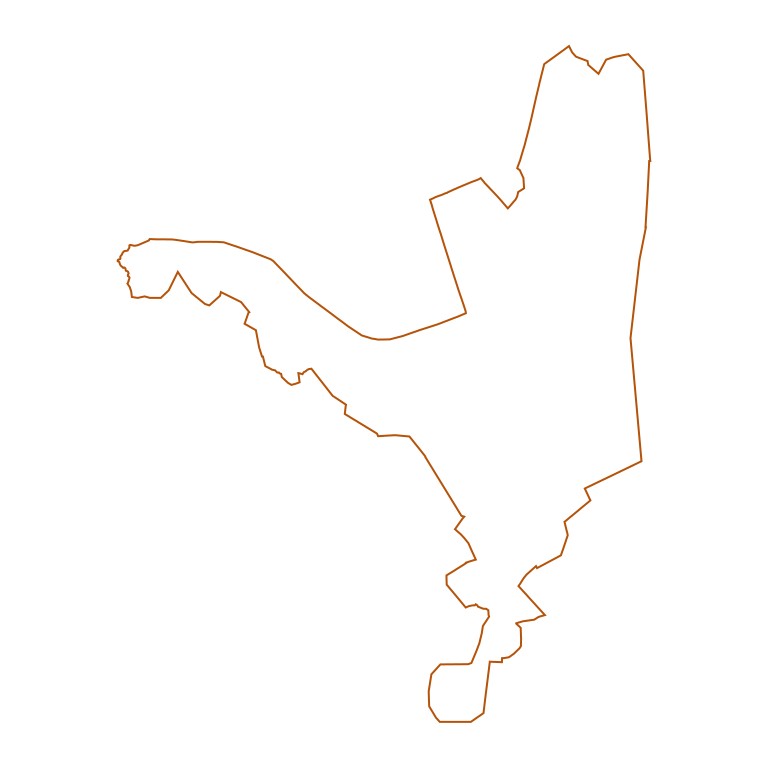 the district of Sana'a City Outskirts -Sanhan wa Bani Bahlul, Sana'a, Yemen
{"feature_id": "15242507B78273733164190", "entity_name": "Sana'a City Outskirts -Sanhan wa Bani Bahlul", "entity_type": "district", "adm_level": 2, "iso_a3": "YEM", "parent_name": "Yemen", "parent_adm1": "Sana'a", "projection": "natural_earth1", "projection_center": [44.226, 15.268], "detail": "fine", "context": "isolated", "style": "outline", "palette": "amber", "viewbox_px": 768, "rotation_deg": 0, "n_neighbors": 0, "source": "geoboundaries", "source_scale": "gbopen_adm2", "svg_char_len": 5601}
<svg xmlns="http://www.w3.org/2000/svg" viewBox="0 0 768 768"><path d="M127.0,282.9L129.8,287.2L131.2,291.5L131.9,297.0L137.7,297.9L140.5,297.3L144.7,296.4L149.9,297.9L160.8,297.9L168.7,290.4L177.8,271.9L191.6,293.1L199.1,299.2L205.0,304.0L209.3,305.4L214.1,301.1L220.0,295.8L220.9,292.1L237.9,300.5L241.1,302.1L249.3,312.2L248.5,312.7L244.6,323.8L255.9,330.2L259.1,347.3L262.0,356.5L262.9,356.5L265.3,366.1L270.3,368.7L272.1,369.7L275.0,370.3L277.2,372.5L278.9,372.5L279.4,373.3L281.1,373.8L281.8,377.0L284.2,379.3L287.9,382.8L291.4,384.9L293.2,384.4L295.5,383.8L299.6,382.3L298.4,373.1L299.0,373.2L302.5,374.2L303.4,372.7L304.2,371.9L305.0,371.7L306.9,370.3L307.5,369.7L309.1,369.0L309.6,369.0L310.3,368.9L311.4,368.7L323.4,384.0L332.6,395.8L346.0,404.7L345.6,406.9L344.8,414.0L377.0,433.6L378.1,436.2L387.4,435.6L395.4,435.2L409.4,436.5L418.9,448.3L425.3,456.4L425.3,457.0L455.6,506.3L461.4,515.8L464.2,516.7L462.6,518.5L455.0,529.2L457.9,531.8L460.7,534.2L460.9,534.4L464.2,538.0L466.4,540.7L468.2,542.9L468.5,543.4L472.0,551.3L475.8,559.6L470.4,561.2L466.2,562.6L466.4,562.9L463.5,564.8L456.3,569.3L455.1,570.1L446.5,575.4L446.5,578.3L446.7,584.7L455.2,594.8L465.7,607.5L468.5,606.3L469.0,606.1L472.4,605.4L474.9,605.3L475.7,604.3L477.4,605.4L477.9,606.6L483.1,608.7L486.1,608.8L488.3,610.2L488.6,615.1L489.1,616.6L482.9,626.0L481.8,633.1L481.6,633.9L479.4,643.1L476.3,651.3L471.4,663.0L468.1,664.2L467.2,664.2L440.4,664.4L438.3,666.7L431.4,674.3L428.7,691.3L428.9,698.6L429.2,706.4L436.0,717.7L439.8,721.9L455.1,721.9L470.8,721.9L483.5,713.1L485.8,693.9L488.8,670.0L489.7,662.6L489.8,661.7L501.9,662.2L502.1,658.1L504.1,658.1L509.0,657.2L513.9,653.7L519.5,648.3L520.9,646.2L521.0,643.0L521.1,639.4L520.7,627.8L516.2,623.6L516.3,623.2L522.9,621.3L534.2,619.7L538.6,616.9L544.9,615.1L531.6,600.5L529.5,598.2L527.1,595.5L518.5,586.1L520.6,583.1L520.9,582.5L522.8,579.5L523.7,578.1L526.4,574.8L527.1,574.1L528.9,572.5L536.0,566.1L537.0,568.1L549.2,561.6L558.4,556.7L560.9,555.3L563.0,549.3L563.4,548.3L563.8,546.9L565.5,542.0L565.8,541.1L566.5,538.9L567.6,535.7L567.7,535.3L567.3,533.0L566.8,531.3L564.5,521.8L565.6,521.0L570.7,516.7L571.4,516.2L580.5,508.6L590.4,500.4L584.8,488.5L597.1,482.6L634.7,464.5L641.5,461.2L630.5,338.1L639.5,259.7L645.9,227.3L645.5,227.3L647.1,201.0L647.7,191.0L649.2,161.0L650.3,161.0L650.0,158.2L646.6,113.5L643.2,70.7L636.9,63.7L628.4,54.2L614.9,56.8L612.7,57.4L606.1,59.7L598.5,73.8L588.3,65.0L587.5,61.0L585.5,60.3L576.0,56.7L572.1,52.3L569.0,46.1L567.6,47.1L555.0,56.3L544.6,63.8L544.2,64.2L541.4,75.3L540.1,80.6L539.5,82.7L539.2,84.4L536.2,96.9L535.1,101.8L532.6,113.0L531.4,118.3L529.0,128.3L525.5,141.7L525.0,143.8L524.4,145.9L521.1,156.8L520.9,157.6L520.7,158.2L520.2,160.1L520.0,160.7L519.6,161.6L518.7,164.1L517.2,168.2L517.6,168.6L519.8,170.1L521.0,172.8L522.4,175.8L523.1,177.4L523.4,177.9L524.1,188.3L518.2,192.0L517.2,196.3L516.5,197.8L515.7,199.3L515.3,199.9L513.3,202.1L512.9,202.6L511.6,204.1L510.3,205.7L507.8,208.4L506.3,206.6L499.7,198.9L498.5,197.6L498.0,197.0L496.5,195.4L496.2,195.1L490.9,189.5L485.4,183.7L485.1,183.4L484.5,182.8L483.9,181.9L483.2,181.1L480.7,178.1L478.3,179.5L474.9,180.8L471.8,181.9L465.6,184.5L464.1,185.1L462.9,185.6L462.3,185.9L458.4,187.5L455.8,188.7L453.2,189.8L452.2,190.3L450.0,191.3L447.4,192.5L447.2,192.8L445.1,193.4L441.5,195.0L439.0,195.8L435.3,197.2L433.2,198.3L430.5,199.5L430.0,199.7L430.4,200.8L432.0,205.8L432.3,207.1L433.7,211.7L436.4,220.2L437.2,223.0L440.3,232.6L440.6,233.4L442.4,239.2L443.0,241.2L443.8,243.8L445.1,247.9L447.0,253.9L447.1,254.2L451.0,266.5L452.2,270.5L452.7,271.8L453.6,274.8L455.5,280.6L457.2,285.9L458.0,288.5L460.0,294.4L460.2,295.0L461.6,299.0L462.8,302.6L463.9,305.8L465.6,311.1L465.9,313.2L457.6,316.7L455.2,317.6L449.9,319.6L447.4,320.6L444.7,321.6L440.9,323.1L437.7,324.3L434.6,325.3L430.9,326.5L420.6,329.8L419.7,330.1L416.6,331.2L413.7,332.2L409.9,333.5L408.8,333.9L406.2,334.8L403.1,335.9L402.4,336.1L401.0,336.5L399.3,336.9L397.1,337.5L394.3,338.2L389.8,339.4L388.7,339.4L383.7,339.5L380.8,339.5L378.8,339.6L378.1,339.6L375.4,339.1L371.6,338.5L368.2,337.4L363.9,336.1L361.7,335.4L360.1,334.3L349.4,327.2L348.2,326.4L340.8,320.8L338.4,319.1L330.2,312.9L324.9,309.0L322.9,307.5L320.8,306.0L319.3,304.8L311.1,298.7L308.7,296.9L305.0,293.9L304.8,293.7L304.1,293.1L296.3,285.0L295.7,284.4L290.0,278.4L289.3,277.7L284.1,272.2L275.2,263.0L273.4,261.1L272.2,260.3L270.5,259.2L264.6,256.9L260.3,255.2L254.4,252.9L253.7,252.6L251.8,251.9L250.9,251.6L236.4,246.5L233.9,245.7L229.7,244.3L224.1,242.4L223.5,242.3L218.9,242.0L217.4,241.9L215.1,241.9L210.1,241.8L202.7,241.8L201.9,241.8L199.8,241.8L198.2,241.8L196.7,241.9L196.4,242.0L194.0,242.3L192.3,242.4L183.5,241.0L174.6,239.7L174.2,239.7L173.4,239.6L172.8,239.5L169.4,239.4L168.4,239.4L158.8,239.3L157.4,239.3L155.9,239.3L153.3,239.2L149.6,239.1L149.3,239.6L148.8,240.5L142.7,243.1L137.8,245.2L136.7,245.4L134.4,245.8L131.6,245.2L130.2,244.9L129.4,245.4L129.4,245.7L129.4,246.8L129.4,247.6L129.2,247.9L128.3,249.3L128.2,249.6L127.6,250.6L124.3,251.1L124.0,251.4L123.3,252.0L122.8,252.7L122.5,253.0L122.1,254.2L121.8,254.7L120.6,256.1L120.3,256.7L120.4,258.6L120.0,259.1L118.6,259.5L117.9,259.9L117.7,260.5L117.7,260.8L117.7,261.2L118.0,261.4L118.8,261.6L119.3,262.0L119.9,264.1L120.7,265.6L122.9,267.5L123.2,267.9L124.0,267.5L124.6,267.6L125.0,268.0L125.4,268.4L125.7,270.2L125.9,270.7L126.2,270.8L127.1,271.1L127.4,271.3L128.0,271.7L128.2,272.2L128.6,273.3L127.8,275.2L128.0,276.1L128.9,276.5L129.4,277.5L129.5,277.7L129.0,279.7L128.6,280.3L128.7,280.8L127.7,283.4L127.0,282.9Z" fill="none" stroke="#b45309" stroke-width="2"/></svg>